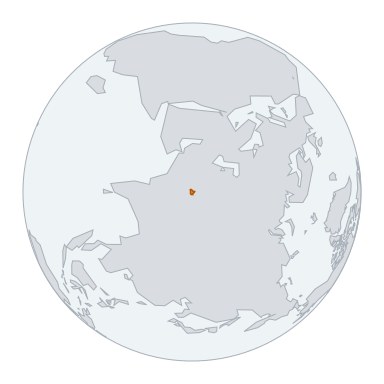 Baghlan highlighted on a globe, orthographic projection, rotated 114°
{"feature_id": "AFG-1766", "entity_name": "Baghlan", "entity_type": "Province", "adm_level": 1, "iso_a3": "AFG", "parent_name": "Afghanistan", "parent_adm1": "", "projection": "orthographic", "projection_center": [68.855, 35.789], "detail": "fine", "context": "on_globe", "style": "filled", "palette": "amber", "viewbox_px": 384, "rotation_deg": 114, "n_neighbors": 0, "source": "natural_earth", "source_scale": "10m", "svg_char_len": 11541}
<svg xmlns="http://www.w3.org/2000/svg" viewBox="0 0 384 384"><g transform="rotate(114 192 192)"><circle cx="192" cy="192" r="169" fill="#eef3f6" stroke="#a8b0b8"/><path d="M223.3,26.0L226.8,27.6L240.3,33.4L248.3,35.8L243.6,35.2L261.4,40.9L271.2,46.5L257.8,39.9L254.6,39.1L260.1,42.5L258.0,42.5L259.5,44.2L256.5,44.1L248.9,40.8L246.8,40.7L250.8,43.2L250.4,44.9L244.8,41.3L243.4,44.0L230.5,40.0L218.1,32.0L208.5,31.2L189.4,27.5L188.8,28.4L181.2,28.2L177.6,29.3L175.1,28.7L174.4,30.2L177.4,30.6L178.1,31.5L176.3,32.3L172.8,31.5L173.2,31.0L171.2,31.2L170.2,30.6L169.7,31.4L165.6,30.6L166.9,32.7L161.3,33.2L159.4,32.4L163.2,30.7L168.1,26.3L167.3,25.7L162.3,26.1L145.4,30.1L143.0,30.5L137.1,32.2L136.7,32.5L141.2,31.4L139.1,32.8L144.8,31.7L144.8,32.2L149.2,32.2L144.6,34.1L137.8,36.3L133.9,36.6L130.7,37.7L131.3,39.3L121.0,42.2L108.8,48.6L106.6,49.4L107.9,47.0L115.9,41.8L117.6,40.3L112.5,43.5L107.0,46.1L104.4,47.7L102.4,49.0L102.9,49.0L100.2,50.6L103.8,47.9L106.7,46.2L106.8,46.1L105.5,46.9L109.2,44.7L109.3,44.6L121.0,38.7L133.1,33.6L145.5,29.6L158.2,26.4L171.2,24.3L184.2,23.2L197.3,23.1L210.4,24.0L223.3,26.0ZM228.1,27.0L228.8,27.1L229.5,27.3L226.8,26.7L227.4,26.8L228.1,27.0ZM254.6,37.9L251.4,36.3L255.2,37.9L254.6,37.9ZM260.2,44.5L261.8,45.1L261.8,45.8L260.2,44.5ZM151.4,31.1L150.3,31.6L150.1,31.4L151.4,31.1ZM154.4,30.7L154.9,30.1L156.3,29.8L156.0,30.2L154.4,30.7ZM257.4,46.4L257.0,47.6L256.1,45.7L257.4,46.4ZM153.4,31.6L158.9,29.5L161.5,29.1L162.4,30.3L153.4,31.6ZM256.0,48.0L255.2,51.4L258.6,52.7L248.6,51.3L252.5,48.6L250.8,46.0L253.7,47.7L256.0,48.0ZM179.2,30.4L175.9,30.0L180.3,29.6L179.2,30.4ZM181.8,30.0L194.3,28.3L198.2,29.6L193.3,29.7L199.7,31.0L195.4,32.4L190.9,32.0L189.3,30.8L188.9,32.3L181.8,30.0ZM243.1,50.1L241.8,50.6L241.7,49.5L243.1,50.1ZM178.8,31.8L180.9,31.2L184.5,32.2L180.8,33.6L180.8,32.8L178.8,31.8ZM203.4,30.9L205.4,32.0L202.5,33.4L202.9,34.1L195.7,32.6L203.4,30.9ZM179.1,33.0L178.8,34.3L175.4,34.6L176.9,32.5L179.1,33.0ZM187.0,32.0L188.5,32.6L186.4,32.6L187.0,32.0ZM163.5,37.1L166.0,36.1L168.1,36.5L163.5,37.1ZM178.9,34.8L180.0,34.6L181.1,34.8L180.2,35.7L178.9,34.8ZM194.1,33.8L192.5,34.2L196.9,34.4L194.9,35.7L190.5,34.6L191.6,35.6L190.9,36.0L188.0,34.7L194.1,33.8ZM182.7,37.1L176.3,36.5L171.1,38.1L169.2,37.7L177.8,35.2L182.7,37.1ZM186.0,35.7L183.5,36.5L182.3,35.5L183.3,34.4L186.0,35.7ZM195.2,37.1L199.4,35.4L200.2,35.7L195.2,37.1ZM181.4,37.7L183.0,37.9L181.2,37.9L181.4,37.7ZM191.2,37.4L192.6,36.7L193.5,37.1L191.2,37.4ZM184.9,38.9L182.9,38.6L183.5,37.8L184.9,38.9ZM188.0,38.4L188.9,39.1L185.0,37.7L188.5,38.0L188.0,38.4ZM191.8,37.9L192.8,37.9L191.1,38.1L191.8,37.9ZM183.8,42.3L178.6,40.8L180.0,38.9L184.8,40.6L183.8,42.3ZM26.5,191.7L28.9,163.0L32.0,157.6L35.6,147.6L59.7,132.9L61.4,139.3L76.5,148.9L77.7,151.9L72.2,158.7L80.6,178.0L87.7,174.0L98.9,186.7L108.7,190.8L118.8,176.9L102.7,169.8L103.6,161.0L119.4,160.1L134.0,166.8L134.8,163.7L128.6,153.6L135.1,149.6L126.9,149.7L127.9,153.7L122.8,154.1L121.5,150.4L123.8,149.0L120.3,145.9L110.1,154.0L110.0,159.0L98.9,155.6L97.7,163.8L93.6,165.5L94.0,152.5L96.4,148.9L94.6,132.7L91.1,136.0L92.6,151.7L90.7,149.4L86.0,154.8L88.1,148.9L87.4,131.5L79.5,128.0L63.9,135.9L60.4,133.3L59.9,126.5L71.1,113.2L77.7,120.8L81.7,116.8L85.1,107.6L86.8,110.9L89.0,108.3L91.9,111.0L100.7,108.3L104.4,110.5L112.3,103.5L115.3,103.9L109.7,107.8L107.9,111.9L117.6,118.1L120.8,117.5L125.2,112.6L127.3,115.2L130.3,109.8L138.0,111.2L131.0,105.1L136.0,99.9L143.1,97.9L143.5,95.2L131.9,98.6L128.4,101.1L127.4,104.8L116.8,111.4L112.5,110.7L118.8,100.2L113.4,98.3L120.7,91.5L147.6,85.4L156.5,86.4L161.8,98.9L157.1,101.4L152.9,98.0L152.7,106.0L154.7,103.0L156.5,105.4L161.6,101.5L163.1,103.1L165.5,97.0L167.9,98.5L166.4,102.3L176.1,98.6L182.3,100.8L183.8,99.3L183.6,97.0L191.6,101.7L192.4,100.4L190.0,98.3L189.9,94.5L192.9,89.7L195.5,91.6L194.8,93.6L197.2,100.8L194.9,106.1L196.2,106.5L198.9,102.3L196.0,93.4L197.0,90.1L199.1,93.9L198.4,92.3L199.8,91.2L203.6,92.0L201.6,87.7L212.9,75.2L221.4,76.1L221.9,80.6L232.6,75.3L241.3,77.6L239.1,75.6L242.7,72.2L240.1,71.4L239.3,70.2L247.4,62.4L251.3,62.4L252.3,57.6L251.2,56.7L248.3,56.4L248.6,51.3L258.6,52.7L260.7,54.7L265.6,54.7L269.6,59.4L275.1,63.6L276.5,69.4L280.8,72.6L282.2,72.3L289.1,76.7L298.2,87.7L284.5,80.1L269.5,65.9L275.1,71.6L271.9,70.9L272.7,73.4L276.8,77.6L278.5,77.7L275.3,89.0L281.3,103.1L285.5,99.6L290.7,101.8L301.2,117.0L303.0,143.8L309.9,148.8L312.0,153.4L309.8,158.2L306.6,151.6L302.0,151.1L300.6,146.8L295.9,153.1L293.6,147.3L291.1,155.4L294.8,159.0L299.8,155.3L298.6,165.3L306.9,170.5L310.6,179.8L306.0,201.0L297.1,210.4L297.2,213.7L292.2,212.0L287.8,219.9L298.7,233.3L299.1,238.0L290.9,250.2L290.3,246.9L277.2,242.4L276.3,254.1L286.3,260.2L289.8,269.5L282.8,268.6L279.0,260.5L274.4,258.6L274.6,248.8L268.7,235.3L261.5,240.0L261.0,233.9L251.8,223.1L240.9,229.2L224.3,247.6L223.7,262.8L217.3,269.7L205.2,248.9L202.4,233.9L196.5,235.4L185.4,222.3L161.8,219.7L159.8,215.4L155.1,216.6L147.5,211.3L145.1,204.1L139.8,203.5L146.7,222.5L152.5,223.2L159.3,217.5L159.9,223.8L167.4,230.2L154.1,243.1L121.4,249.1L120.6,237.3L108.1,199.6L109.9,196.3L109.9,195.9L109.9,195.1L106.3,200.2L105.0,192.7L109.0,218.4L108.6,228.2L120.9,249.7L119.1,251.0L123.8,255.8L141.6,255.5L141.2,259.1L131.3,273.8L108.7,288.8L113.1,303.0L113.9,313.2L102.9,315.4L107.1,323.3L101.9,323.3L103.7,327.0L101.4,328.8L96.3,328.4L84.1,321.0L80.8,317.3L70.9,306.6L55.9,282.6L56.3,275.7L54.1,267.6L45.6,244.0L47.3,235.4L45.7,229.3L41.9,226.6L40.4,219.3L38.4,216.8L28.0,204.0L26.5,191.7ZM47.5,144.6L45.9,147.3L47.5,144.6ZM147.0,182.1L157.3,185.2L156.9,174.1L160.9,174.5L159.3,170.8L156.8,173.4L153.6,163.4L159.6,161.6L160.5,157.0L157.1,155.8L146.6,160.9L151.2,175.0L147.0,178.4L147.0,182.1ZM106.8,46.3L106.4,46.6L104.0,48.1L104.4,47.8L106.8,46.3ZM97.8,54.0L93.6,56.5L96.8,54.3L96.6,53.9L103.1,49.3L105.8,49.6L103.4,50.1L97.8,54.0ZM112.5,43.7L108.1,46.2L112.8,43.5L112.5,43.7ZM98.1,92.8L97.6,95.6L94.2,97.8L89.5,96.1L94.4,92.9L98.1,92.8ZM97.6,99.3L105.2,89.9L108.4,91.0L105.3,91.9L106.7,93.5L102.1,95.5L97.7,106.1L94.4,108.8L87.6,103.5L91.7,103.6L91.9,100.7L97.6,99.3ZM119.0,67.9L122.3,64.9L125.0,70.9L121.5,73.1L116.7,71.3L117.9,67.6L119.0,67.9ZM154.0,34.7L155.1,33.9L156.1,34.0L155.9,34.8L154.0,34.7ZM164.5,36.6L150.2,38.7L150.7,37.8L141.7,40.6L139.6,39.4L145.5,37.5L137.1,39.0L141.6,36.8L135.8,38.2L149.2,34.1L152.9,32.5L149.6,34.6L151.4,35.7L153.3,35.7L161.5,34.7L170.4,32.3L173.6,33.3L173.5,34.7L171.8,35.5L170.3,34.5L169.2,36.2L165.7,35.4L164.5,36.6ZM170.6,56.1L169.5,53.7L166.7,58.8L163.2,57.3L163.1,58.0L159.1,58.1L154.0,59.5L152.9,58.4L151.4,59.5L148.7,59.7L146.3,60.9L143.5,59.5L140.3,60.9L140.8,59.5L136.1,62.3L138.4,59.7L135.1,60.0L134.6,62.4L125.5,54.2L119.9,53.5L114.0,54.6L118.8,50.4L127.3,46.9L137.0,44.9L141.6,46.5L142.9,44.5L145.6,44.8L143.4,46.2L148.3,44.2L149.9,44.9L158.5,44.3L164.4,41.5L167.7,41.4L166.2,42.8L170.5,41.8L169.8,44.5L172.2,44.6L173.8,47.6L169.5,50.7L172.5,50.6L173.8,53.2L170.6,56.1ZM184.0,43.2L179.7,46.8L175.6,47.8L174.4,42.2L172.4,41.7L171.5,38.6L177.4,37.3L177.1,38.2L178.2,38.9L175.9,39.0L178.6,39.4L178.3,40.9L180.3,41.7L178.3,42.6L184.0,43.2ZM81.4,150.5L82.8,152.1L85.5,153.5L82.6,157.1L81.4,150.5ZM80.7,138.7L82.3,139.3L79.5,144.7L78.1,143.2L80.7,138.7ZM85.6,135.2L82.6,138.9L83.4,136.1L85.6,135.2ZM111.5,108.2L113.5,108.6L112.7,110.0L110.5,111.2L111.5,108.2ZM161.7,72.5L161.7,70.6L162.9,70.4L166.1,66.5L169.0,67.5L168.2,70.3L161.7,72.5ZM114.7,178.4L110.5,180.2L109.6,178.1L111.2,177.9L114.7,178.4ZM94.7,168.6L98.2,172.9L93.9,169.5L94.7,168.6ZM165.4,73.0L166.4,71.3L167.2,72.9L165.4,73.0ZM171.3,68.2L172.7,69.8L169.8,67.2L171.3,68.2ZM192.2,360.2L194.7,360.4L191.8,360.5L192.2,360.2ZM140.6,318.5L135.2,333.0L127.7,331.2L124.3,326.1L125.0,316.7L133.0,315.7L136.4,311.6L140.6,318.5ZM319.8,277.2L323.0,275.7L322.8,276.4L319.8,277.2ZM316.6,277.3L320.4,275.2L315.8,279.0L316.6,277.3ZM321.9,274.3L325.7,270.8L327.4,268.7L327.0,270.2L321.9,274.3ZM314.0,278.8L298.3,286.1L291.8,287.2L293.6,284.4L304.1,280.5L314.0,278.8ZM293.1,284.5L282.8,281.9L266.9,267.0L272.6,265.8L288.9,272.7L287.9,275.0L294.1,277.9L293.1,284.5ZM316.9,262.0L315.9,268.4L307.5,272.2L303.5,273.1L300.8,266.6L302.4,261.9L305.7,260.6L317.2,240.8L321.5,241.9L318.3,249.7L321.7,253.2L316.9,262.0ZM224.6,264.1L229.1,272.3L225.5,274.1L224.6,264.1ZM320.8,228.2L316.8,237.1L320.1,226.4L320.8,228.2ZM322.1,218.9L322.9,221.9L320.5,219.9L322.1,218.9ZM298.0,218.2L294.6,220.5L294.0,218.2L298.0,214.0L298.0,218.2ZM313.4,187.6L315.3,194.6L315.3,197.3L312.8,193.9L313.4,187.6ZM191.5,82.4L183.8,86.3L180.1,90.5L181.1,94.6L176.4,90.8L182.1,84.3L191.5,82.4ZM210.0,75.8L209.1,72.6L211.7,73.1L212.2,73.9L210.0,75.8ZM207.9,74.4L202.8,72.2L203.7,69.9L207.6,72.1L207.9,74.4ZM183.9,72.0L181.4,73.0L180.8,71.5L183.9,72.0ZM320.3,301.9L319.8,302.5L296.6,323.6L292.8,325.6L296.5,322.1L298.3,315.6L299.8,314.9L302.2,309.1L317.4,295.4L329.1,278.1L334.4,274.0L340.4,261.7L344.9,257.0L341.8,265.3L344.5,263.8L351.3,244.7L348.9,254.7L343.2,267.4L336.5,279.5L328.9,291.0L320.3,301.9ZM327.5,272.7L332.3,265.2L334.5,263.1L327.5,272.7ZM356.2,228.2L356.4,231.0L355.3,234.6L354.4,234.1L352.1,241.5L347.8,247.5L349.3,243.3L349.1,240.0L343.6,244.8L342.5,243.3L344.8,239.3L340.7,241.1L345.3,235.4L346.8,239.2L349.2,232.1L352.7,228.5L355.4,225.5L356.8,225.6L356.2,228.2ZM344.6,247.8L345.3,247.0L344.5,249.4L344.6,247.8ZM359.7,212.5L359.8,211.7L359.8,211.9L359.7,212.5ZM357.3,223.7L359.1,214.5L359.4,213.5L358.0,221.8L357.3,223.7ZM359.0,212.6L359.6,211.1L359.6,212.6L359.4,213.7L359.0,212.6ZM335.3,251.6L335.0,253.3L333.7,253.1L335.3,251.6ZM337.1,249.2L340.8,247.5L336.6,250.8L337.1,249.2ZM323.9,253.2L325.2,256.1L329.5,250.9L326.2,256.5L328.8,260.6L327.6,263.6L325.2,258.9L323.8,266.3L321.8,267.4L321.1,262.3L323.3,253.9L325.2,249.6L332.7,243.3L323.9,253.2ZM337.2,244.7L336.1,241.1L336.8,237.5L338.0,238.9L337.2,244.7ZM332.3,232.9L328.7,229.8L326.0,233.7L330.9,222.4L333.7,227.3L332.3,232.9ZM328.4,223.1L325.9,226.8L328.1,220.6L328.4,223.1ZM325.0,225.4L324.1,221.9L326.4,221.0L325.0,225.4ZM329.8,222.3L329.3,215.7L331.0,218.7L329.8,222.3ZM321.7,214.1L327.5,217.3L320.9,218.5L318.0,206.4L320.6,204.4L321.7,214.1ZM320.0,154.2L317.9,151.0L319.5,148.6L320.5,151.4L320.0,154.2ZM323.0,138.9L319.3,147.0L316.0,153.9L318.2,154.4L319.6,161.3L315.0,157.4L315.5,148.1L318.4,144.0L316.5,138.5L317.2,133.0L313.4,127.3L312.9,123.7L317.3,127.8L323.0,138.9ZM311.6,125.0L305.2,114.3L309.4,112.7L311.7,114.6L312.9,120.1L310.6,120.6L311.6,125.0ZM304.9,111.3L302.6,111.8L288.5,99.5L286.5,96.7L299.5,104.5L298.1,105.5L300.8,109.0L304.9,111.3ZM243.5,51.5L242.0,50.7L243.7,50.8L243.5,51.5ZM237.7,69.9L237.0,68.3L239.1,68.3L237.7,69.9ZM236.0,64.0L234.2,65.1L235.1,63.2L236.0,64.0ZM230.2,67.8L232.9,65.1L231.9,68.8L230.2,67.8Z" fill="#d9dde1" stroke="#a8b0b8" stroke-width="1"/><path d="M194.6,191.9L194.6,192.0L194.4,192.2L194.2,192.3L194.2,192.5L194.0,192.8L193.7,193.0L193.4,193.0L193.2,193.1L192.9,193.1L192.7,193.1L192.5,193.3L192.4,193.4L192.3,193.5L192.2,193.5L191.9,193.6L191.7,193.8L191.4,194.0L191.2,194.2L190.8,194.2L190.6,194.1L190.4,194.2L190.4,194.3L190.2,194.2L190.0,193.9L190.0,193.7L190.2,193.4L190.2,193.2L190.3,192.8L190.3,192.7L190.3,192.4L190.7,191.8L190.7,191.7L190.8,191.4L191.1,191.2L191.2,190.9L191.0,190.7L190.9,190.6L190.7,190.4L190.6,190.2L190.4,189.9L190.4,189.7L190.5,189.7L190.7,189.8L190.9,189.8L191.3,189.8L191.5,189.8L191.9,190.1L192.0,190.1L192.3,190.1L192.5,190.3L192.8,190.4L192.8,190.5L193.0,190.6L193.3,190.7L193.6,190.5L193.8,190.4L194.0,190.3L194.0,190.5L194.2,191.1L194.4,191.2L194.4,191.3L194.5,191.3L194.5,191.5L194.6,191.9Z" fill="#f59e0b" stroke="#b45309" stroke-width="1.5"/></g></svg>